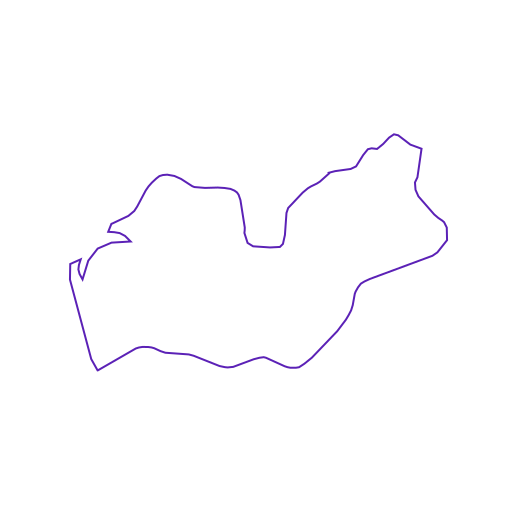 outline of Montserrado, rotated 45°
{"feature_id": "LBR-788", "entity_name": "Montserrado", "entity_type": "County", "adm_level": 1, "iso_a3": "LBR", "parent_name": "Liberia", "parent_adm1": "", "projection": "robinson", "projection_center": [-10.594, 6.529], "detail": "fine", "context": "isolated", "style": "outline", "palette": "violet", "viewbox_px": 512, "rotation_deg": 45, "n_neighbors": 0, "source": "natural_earth", "source_scale": "10m", "svg_char_len": 1627}
<svg xmlns="http://www.w3.org/2000/svg" viewBox="0 0 512 512"><g transform="rotate(45 256 256)"><path d="M224.9,448.9L212.4,445.4L141.1,404.2L130.3,393.0L134.4,382.3L137.1,387.5L139.9,391.1L144.0,393.5L149.9,395.2L140.7,377.9L138.8,362.7L144.4,348.7L157.1,334.4L149.2,334.4L143.4,336.2L138.9,339.4L134.4,343.4L131.0,335.5L131.0,335.4L131.3,335.0L137.4,317.9L138.1,310.3L137.0,305.0L131.7,287.7L130.8,282.8L130.5,277.8L130.7,271.7L131.2,267.8L132.9,264.6L135.7,261.3L141.7,257.1L148.5,254.5L161.6,251.7L163.7,250.8L171.8,243.9L180.5,234.7L185.6,230.2L190.5,226.6L194.5,225.0L197.6,224.5L200.4,225.0L205.5,227.5L227.9,243.8L229.8,245.8L231.5,247.9L240.8,252.7L247.1,251.2L259.9,240.0L266.5,232.7L266.5,228.4L261.6,220.7L247.1,204.0L244.8,199.3L244.2,178.2L244.8,171.4L245.7,167.8L247.8,161.8L248.6,158.2L249.3,145.9L248.6,145.7L251.9,140.1L261.4,127.5L263.4,121.9L260.4,108.8L259.6,101.4L261.6,98.1L265.9,94.7L266.7,86.9L266.4,78.2L267.5,72.4L271.2,70.1L286.4,68.1L297.2,63.1L314.5,86.2L316.4,91.6L322.0,96.4L328.7,99.0L352.6,100.6L357.9,100.2L362.5,99.3L365.1,99.1L370.8,101.0L379.9,109.7L381.7,125.2L380.6,131.1L352.8,191.6L350.7,197.3L349.7,201.4L350.3,206.0L351.6,210.7L352.6,212.9L359.2,222.4L361.7,227.2L363.3,232.3L364.6,237.5L366.6,251.7L367.4,288.4L366.4,297.9L365.1,304.2L363.3,306.7L359.2,310.8L356.8,312.4L354.2,313.7L335.0,320.9L333.0,322.1L330.4,325.5L327.4,330.6L318.3,350.5L314.7,354.9L312.6,356.6L308.0,359.6L282.5,370.6L278.1,373.1L260.3,388.5L255.7,390.8L249.2,393.2L246.7,394.6L244.1,396.6L240.0,400.6L237.9,403.5L236.4,406.4L225.0,448.8L224.9,448.9Z" fill="none" stroke="#5b21b6" stroke-width="2"/></g></svg>